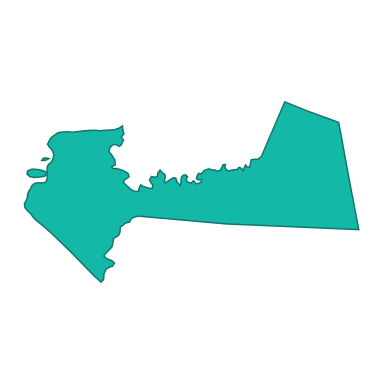 the district of São Caetano de Odivelas, Pará, Brazil, rotated 271°
{"feature_id": "56859067B48440090110628", "entity_name": "São Caetano de Odivelas", "entity_type": "district", "adm_level": 2, "iso_a3": "BRA", "parent_name": "Brazil", "parent_adm1": "Pará", "projection": "albers", "projection_center": [-48.02, -0.863], "detail": "fine", "context": "isolated", "style": "filled", "palette": "teal", "viewbox_px": 384, "rotation_deg": 271, "n_neighbors": 0, "source": "geoboundaries", "source_scale": "gbopen_adm2", "svg_char_len": 2607}
<svg xmlns="http://www.w3.org/2000/svg" viewBox="0 0 384 384"><g transform="rotate(271 192 192)"><path d="M264.1,337.4L265.8,332.6L275.0,305.8L280.2,292.3L283.7,283.2L231.5,261.9L228.0,260.2L225.9,257.2L225.8,254.2L225.3,250.7L221.8,250.0L217.9,249.1L217.9,246.7L219.9,245.1L216.9,243.7L214.3,242.7L216.5,240.9L217.5,238.4L215.4,237.1L214.7,231.8L213.7,228.2L214.9,225.9L217.1,224.4L220.1,225.0L219.7,222.6L214.6,220.2L213.2,217.3L214.4,214.7L214.3,212.1L215.4,208.6L214.3,205.1L212.9,203.0L210.0,200.7L210.8,198.3L207.8,196.7L205.4,196.1L204.1,198.6L204.6,201.2L202.2,201.2L200.6,198.3L200.3,195.8L203.3,193.3L200.9,191.1L201.7,187.5L204.4,185.6L207.1,187.3L209.0,185.4L208.6,183.0L206.8,181.3L203.8,180.8L201.0,180.8L198.2,179.8L202.4,176.5L205.6,175.6L205.9,172.9L204.4,170.9L203.2,168.8L200.6,165.1L202.9,164.2L206.2,164.9L208.9,164.8L210.5,162.3L213.4,159.7L210.4,157.5L207.4,157.3L206.0,154.8L206.8,151.1L203.0,149.3L200.6,150.7L198.0,152.8L194.9,152.1L195.0,148.8L196.8,142.8L198.3,140.6L195.0,139.1L191.7,138.6L191.4,135.7L193.0,131.5L200.1,123.4L202.6,124.0L206.1,128.8L209.2,127.9L210.7,125.9L212.9,120.9L214.2,116.0L213.9,113.0L215.9,111.1L217.7,114.8L222.9,114.3L225.6,112.2L227.9,110.9L230.7,108.3L235.0,109.1L238.2,112.5L237.9,115.7L236.4,118.3L237.7,120.4L240.4,121.5L242.7,122.7L245.4,120.2L249.0,122.9L253.3,121.7L256.8,121.3L254.6,118.0L252.8,113.0L252.2,103.9L251.6,99.4L252.0,94.7L251.9,90.0L251.4,83.6L249.7,71.7L250.0,66.5L249.7,61.5L248.9,56.9L245.0,51.6L242.6,49.3L237.3,46.7L234.6,48.5L232.9,50.3L230.5,51.9L226.9,53.2L222.6,52.4L219.3,50.8L217.5,48.4L214.9,46.8L208.6,46.6L203.9,47.1L200.1,46.2L198.5,43.9L198.5,40.9L198.5,37.3L197.6,34.1L195.3,31.6L192.6,30.6L189.7,28.7L186.7,27.6L183.9,27.6L181.0,26.5L177.3,24.6L173.4,25.3L170.0,28.2L167.5,31.1L165.4,32.5L161.5,36.0L154.5,45.0L149.7,50.6L144.5,56.3L130.3,71.5L106.7,95.3L100.3,102.6L102.8,105.0L105.6,105.4L108.0,105.3L113.0,107.2L115.3,110.3L116.5,113.9L119.6,115.7L122.0,113.1L123.1,109.7L124.6,107.1L126.4,104.9L128.6,106.5L131.1,108.6L133.2,110.8L135.9,113.0L139.7,113.8L144.4,114.4L145.9,117.2L147.3,119.2L149.8,120.5L153.0,120.8L156.1,121.0L157.5,123.8L159.4,125.3L160.3,127.7L160.8,130.1L163.7,131.3L165.3,133.2L166.1,135.6L166.9,138.7L166.2,149.4L160.6,228.0L160.4,237.0L160.0,256.3L159.8,262.7L157.3,359.4L212.8,347.8L257.6,338.8L264.1,337.4ZM208.6,46.6L210.3,44.0L211.3,40.2L211.8,37.3L212.1,31.6L210.4,27.4L207.1,26.7L204.5,29.6L203.8,34.1L204.2,37.8L204.6,41.3L205.2,44.5L208.6,46.6ZM223.6,45.2L223.0,42.7L220.9,41.2L221.0,44.9L222.9,48.4L223.6,45.2Z" fill="#14b8a6" stroke="#0f766e" stroke-width="1.5"/></g></svg>